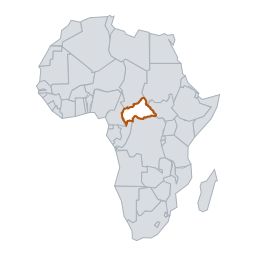 Central African Republic on a map of Africa (Natural Earth projection)
{"feature_id": "CAF", "entity_name": "Central African Republic", "entity_type": "country or territory", "adm_level": 0, "iso_a3": "CAF", "parent_name": "Africa", "parent_adm1": "", "projection": "natural_earth1", "projection_center": [20.084, 6.633], "detail": "fine", "context": "in_parent", "style": "outline", "palette": "amber", "viewbox_px": 256, "rotation_deg": 0, "n_neighbors": 49, "source": "natural_earth", "source_scale": "50m", "svg_char_len": 13090}
<svg xmlns="http://www.w3.org/2000/svg" viewBox="0 0 256 256"><path d="M173.9,134.9L188.1,146.5L187.9,158.4L190.9,164.1L188.7,165.9L175.4,167.8L173.3,161.3L165.3,157.9L162.3,152.3L161.6,146.0L165.4,142.4L164.5,135.5L173.9,134.9Z" fill="#d9dde1" stroke="#a8b0b8" stroke-width="1"/><path d="M62.1,46.5L61.8,51.3L53.3,51.1L52.9,59.1L50.4,59.4L49.9,65.5L38.9,66.5L50.7,45.7L62.1,46.5Z" fill="#d9dde1" stroke="#a8b0b8" stroke-width="1"/><path d="M161.6,146.0L165.3,157.9L159.9,158.5L158.9,168.7L162.2,169.9L162.4,173.3L155.7,168.1L142.3,166.5L141.2,154.7L136.8,153.6L133.9,156.8L129.8,157.1L126.7,150.3L115.5,150.0L119.3,146.0L122.0,147.5L125.8,143.0L130.2,133.3L132.6,118.9L135.1,116.3L143.0,119.5L151.7,115.6L156.3,115.7L159.2,118.7L162.6,117.7L166.6,125.1L163.1,130.1L161.6,146.0Z" fill="#d9dde1" stroke="#a8b0b8" stroke-width="1"/><path d="M194.6,137.2L192.9,123.3L196.0,118.8L203.6,116.4L211.0,107.1L200.0,103.4L196.9,99.1L198.4,96.3L202.4,99.5L219.6,94.6L217.1,106.8L211.1,118.9L194.6,137.2Z" fill="#d9dde1" stroke="#a8b0b8" stroke-width="1"/><path d="M188.1,146.5L173.9,134.9L177.0,126.1L174.2,118.8L177.6,114.9L185.2,120.8L195.3,119.8L192.9,123.3L194.6,137.2L188.1,146.5Z" fill="#d9dde1" stroke="#a8b0b8" stroke-width="1"/><path d="M148.8,106.4L146.7,105.0L145.8,104.1L146.0,100.6L141.7,92.8L144.6,83.2L146.9,83.4L146.7,69.7L149.7,69.7L149.7,63.4L180.9,63.4L182.8,74.0L185.3,75.9L181.2,79.2L179.9,89.8L174.7,98.9L174.0,105.0L170.6,93.9L166.9,101.5L163.3,100.0L160.5,102.7L154.6,102.5L150.1,100.0L146.9,105.2L148.8,106.4Z" fill="#d9dde1" stroke="#a8b0b8" stroke-width="1"/><path d="M146.7,71.0L146.9,83.4L144.6,83.2L141.7,92.8L144.2,97.3L131.1,107.4L123.9,108.9L120.3,102.3L124.4,100.9L122.1,90.5L119.3,87.3L123.9,80.2L125.7,68.5L123.0,60.7L125.7,59.0L146.7,71.0Z" fill="#d9dde1" stroke="#a8b0b8" stroke-width="1"/><path d="M127.1,221.2L128.3,219.6L132.6,222.6L136.3,220.8L136.3,209.2L138.8,215.7L140.7,215.4L145.2,210.8L151.3,211.5L161.3,200.9L165.9,201.4L167.7,208.0L167.4,212.6L165.3,212.3L164.3,215.4L165.8,217.1L169.9,215.4L168.1,221.7L157.5,234.3L151.2,238.0L143.1,237.7L136.7,240.6L132.4,238.6L132.0,230.8L127.1,221.2ZM159.7,222.4L157.4,222.0L154.6,225.2L157.4,227.3L159.7,222.4Z" fill="#d9dde1" stroke="#a8b0b8" stroke-width="1"/><path d="M159.7,222.4L157.4,227.3L154.6,225.2L157.4,222.0L159.7,222.4Z" fill="#d9dde1" stroke="#a8b0b8" stroke-width="1"/><path d="M165.9,201.4L157.6,199.0L150.5,187.2L155.2,187.9L163.8,180.3L170.6,184.0L169.9,195.3L165.9,201.4Z" fill="#d9dde1" stroke="#a8b0b8" stroke-width="1"/><path d="M161.3,200.9L151.3,211.5L145.2,210.8L140.7,215.4L138.8,215.7L136.3,209.2L136.3,200.1L138.8,200.0L138.9,188.9L150.5,187.2L157.6,199.0L161.3,200.9Z" fill="#d9dde1" stroke="#a8b0b8" stroke-width="1"/><path d="M136.3,200.1L136.3,220.8L132.6,222.6L128.3,219.6L127.1,221.2L124.1,216.5L121.4,200.9L114.6,185.9L150.0,186.7L138.9,188.9L138.8,200.0L136.3,200.1Z" fill="#d9dde1" stroke="#a8b0b8" stroke-width="1"/><path d="M38.6,89.7L36.4,86.1L40.6,80.7L44.7,80.3L50.9,86.5L52.4,93.3L38.6,93.4L38.3,91.0L46.3,89.9L38.6,89.7Z" fill="#d9dde1" stroke="#a8b0b8" stroke-width="1"/><path d="M52.4,93.3L50.9,86.5L52.3,84.1L68.6,83.7L67.5,54.2L71.5,54.1L92.0,70.6L92.0,72.6L94.9,72.3L93.0,83.5L80.5,85.4L72.5,90.0L68.6,99.7L61.5,100.2L58.8,93.7L55.9,95.1L52.4,93.3Z" fill="#d9dde1" stroke="#a8b0b8" stroke-width="1"/><path d="M38.9,66.5L49.9,65.5L50.4,59.4L52.9,59.1L53.3,51.1L61.8,51.3L62.1,46.5L71.5,54.1L67.5,54.2L68.6,83.7L52.3,84.1L50.9,86.5L44.7,80.3L39.7,81.7L40.8,69.4L38.9,66.5Z" fill="#d9dde1" stroke="#a8b0b8" stroke-width="1"/><path d="M90.1,112.5L87.8,112.9L87.4,103.6L85.1,99.4L90.7,93.9L93.2,98.6L90.2,105.5L90.1,112.5Z" fill="#d9dde1" stroke="#a8b0b8" stroke-width="1"/><path d="M123.0,60.7L125.7,68.5L123.9,80.2L119.3,87.3L122.1,90.5L121.0,93.1L118.1,89.7L107.2,92.1L97.7,88.8L94.2,89.9L92.7,95.7L85.9,92.0L84.3,85.5L93.0,83.5L94.9,72.3L115.6,58.8L121.2,61.9L123.0,60.7Z" fill="#d9dde1" stroke="#a8b0b8" stroke-width="1"/><path d="M90.1,112.5L94.9,89.2L107.2,92.1L118.1,89.7L122.0,94.4L114.4,110.3L107.6,111.9L105.6,117.1L98.6,118.7L94.5,112.5L90.1,112.5Z" fill="#d9dde1" stroke="#a8b0b8" stroke-width="1"/><path d="M121.8,92.0L124.4,100.9L120.3,102.3L124.3,108.1L121.7,117.3L125.6,126.6L108.7,124.9L105.6,118.0L106.3,114.9L110.0,110.1L114.4,110.3L121.8,92.0Z" fill="#d9dde1" stroke="#a8b0b8" stroke-width="1"/><path d="M85.5,97.8L87.8,112.9L85.7,113.5L82.9,98.7L85.5,97.8Z" fill="#d9dde1" stroke="#a8b0b8" stroke-width="1"/><path d="M83.1,97.7L85.7,113.5L75.1,116.5L75.2,97.9L83.1,97.7Z" fill="#d9dde1" stroke="#a8b0b8" stroke-width="1"/><path d="M61.5,100.2L66.4,99.2L75.4,102.0L75.1,116.5L62.1,118.4L62.5,114.2L59.8,111.9L61.5,100.2Z" fill="#d9dde1" stroke="#a8b0b8" stroke-width="1"/><path d="M46.6,92.8L55.9,95.1L58.8,93.7L61.5,100.2L60.7,108.1L58.2,109.2L56.8,105.4L54.8,106.0L53.2,100.7L47.5,104.3L42.6,97.6L46.6,92.8Z" fill="#d9dde1" stroke="#a8b0b8" stroke-width="1"/><path d="M38.6,93.4L46.6,92.8L46.4,95.2L42.6,97.6L38.6,93.4Z" fill="#d9dde1" stroke="#a8b0b8" stroke-width="1"/><path d="M60.3,108.1L59.8,111.9L62.5,114.2L62.1,118.4L52.2,110.9L55.5,105.8L58.2,109.2L60.3,108.1Z" fill="#d9dde1" stroke="#a8b0b8" stroke-width="1"/><path d="M47.5,104.3L53.2,100.7L55.5,105.8L52.2,110.9L47.5,104.3Z" fill="#d9dde1" stroke="#a8b0b8" stroke-width="1"/><path d="M68.6,99.7L71.8,90.8L80.5,85.4L84.3,85.5L85.9,92.0L89.0,92.7L85.5,97.8L75.2,97.9L75.4,102.0L68.6,99.7Z" fill="#d9dde1" stroke="#a8b0b8" stroke-width="1"/><path d="M132.4,121.1L130.2,133.3L125.8,143.0L122.0,147.5L116.7,145.8L114.8,147.7L112.6,144.4L114.6,142.7L113.6,140.6L116.6,138.1L120.4,139.7L121.5,136.1L120.0,131.9L121.1,128.3L118.5,127.9L117.9,124.9L125.6,126.6L128.8,120.4L132.4,121.1Z" fill="#d9dde1" stroke="#a8b0b8" stroke-width="1"/><path d="M113.1,125.0L117.6,124.8L118.5,127.9L121.1,128.3L120.0,131.9L121.5,136.1L120.4,139.7L116.6,138.1L113.6,140.6L114.6,142.7L112.6,144.4L106.4,135.4L108.3,128.8L113.1,128.7L113.1,125.0Z" fill="#d9dde1" stroke="#a8b0b8" stroke-width="1"/><path d="M108.7,124.9L113.1,125.0L113.1,128.7L108.3,128.8L108.7,124.9Z" fill="#d9dde1" stroke="#a8b0b8" stroke-width="1"/><path d="M165.3,157.9L172.0,162.1L170.3,174.7L171.7,175.5L163.6,178.1L163.8,180.3L155.2,187.9L145.1,186.6L141.5,182.1L141.7,172.1L147.2,172.2L147.0,166.0L155.7,168.1L162.4,173.3L162.2,169.9L158.9,168.7L159.2,160.5L160.7,158.2L165.3,157.9Z" fill="#d9dde1" stroke="#a8b0b8" stroke-width="1"/><path d="M170.7,160.7L174.7,163.6L175.3,174.3L178.3,177.5L176.4,184.3L175.0,177.5L170.3,174.7L172.6,164.7L170.7,160.7Z" fill="#d9dde1" stroke="#a8b0b8" stroke-width="1"/><path d="M175.4,167.8L183.2,168.0L190.9,164.1L191.8,177.7L188.2,184.1L175.6,193.6L177.0,207.2L170.5,211.1L169.9,215.4L167.9,215.4L165.9,201.4L169.9,195.3L170.6,184.0L164.0,181.4L163.6,178.1L171.7,175.5L175.0,177.5L176.4,184.3L178.3,177.5L175.3,174.3L175.4,167.8Z" fill="#d9dde1" stroke="#a8b0b8" stroke-width="1"/><path d="M167.9,215.4L165.8,217.1L164.3,215.4L165.3,212.3L167.9,215.4Z" fill="#d9dde1" stroke="#a8b0b8" stroke-width="1"/><path d="M114.8,147.7L116.7,147.5L115.5,150.0L114.8,147.7ZM115.9,151.0L126.7,150.3L129.8,157.1L133.9,156.8L136.8,153.6L141.2,154.7L142.3,166.5L147.3,167.0L147.2,172.2L141.7,172.1L141.5,182.1L145.1,186.6L114.6,185.9L119.8,167.2L115.9,151.0Z" fill="#d9dde1" stroke="#a8b0b8" stroke-width="1"/><path d="M164.7,139.5L165.4,142.4L161.6,146.0L160.8,140.8L164.7,139.5Z" fill="#d9dde1" stroke="#a8b0b8" stroke-width="1"/><path d="M214.5,169.5L217.3,180.9L215.4,180.9L207.3,209.8L202.8,211.8L199.3,209.9L197.8,203.0L201.2,192.5L200.1,186.2L201.5,182.5L206.5,181.1L214.5,169.5Z" fill="#d9dde1" stroke="#a8b0b8" stroke-width="1"/><path d="M38.3,91.0L43.0,88.8L46.3,89.9L38.3,91.0Z" fill="#d9dde1" stroke="#a8b0b8" stroke-width="1"/><path d="M109.5,37.4L104.9,25.5L107.5,16.6L110.2,15.4L111.8,17.3L114.0,16.2L111.5,24.8L114.9,28.5L109.5,37.4Z" fill="#d9dde1" stroke="#a8b0b8" stroke-width="1"/><path d="M62.1,46.5L62.5,42.0L82.1,31.3L80.5,22.2L83.0,20.5L89.9,17.7L107.5,16.6L104.9,25.5L108.6,31.8L110.2,40.2L108.7,50.6L111.2,56.0L115.6,58.8L98.7,70.9L92.0,72.6L92.0,70.6L62.1,46.5Z" fill="#d9dde1" stroke="#a8b0b8" stroke-width="1"/><path d="M180.3,87.1L181.2,79.2L185.3,75.9L187.7,82.4L198.1,92.5L196.2,92.9L189.9,86.8L180.3,87.1Z" fill="#d9dde1" stroke="#a8b0b8" stroke-width="1"/><path d="M50.7,45.7L60.4,38.6L61.7,30.3L68.2,25.5L71.1,20.3L80.5,22.2L82.1,31.3L62.5,42.0L62.2,45.7L50.7,45.7Z" fill="#d9dde1" stroke="#a8b0b8" stroke-width="1"/><path d="M180.9,63.4L149.7,63.4L149.8,33.4L159.4,35.6L164.7,33.5L167.2,35.4L173.1,34.5L175.0,39.9L173.2,45.2L168.3,39.1L177.6,57.4L177.2,60.0L180.9,63.4Z" fill="#d9dde1" stroke="#a8b0b8" stroke-width="1"/><path d="M149.1,32.4L149.7,69.7L146.7,71.0L125.7,59.0L121.2,61.9L111.2,56.0L108.7,50.6L110.8,34.0L114.9,28.5L124.4,31.3L125.6,34.0L134.2,37.5L138.7,29.9L149.1,32.4Z" fill="#d9dde1" stroke="#a8b0b8" stroke-width="1"/><path d="M211.0,107.1L203.6,116.4L189.1,121.3L179.9,118.2L171.3,107.8L180.3,87.1L183.4,87.7L184.2,85.4L194.1,90.1L196.2,92.9L194.7,97.6L197.4,98.0L200.0,103.4L211.0,107.1Z" fill="#d9dde1" stroke="#a8b0b8" stroke-width="1"/><path d="M196.2,92.9L198.8,93.4L197.4,98.0L194.7,97.6L196.2,92.9Z" fill="#d9dde1" stroke="#a8b0b8" stroke-width="1"/><path d="M173.9,134.9L162.3,136.2L166.7,120.2L174.2,118.8L175.4,120.9L177.0,126.1L173.9,134.9Z" fill="#d9dde1" stroke="#a8b0b8" stroke-width="1"/><path d="M164.5,135.5L165.4,139.1L160.8,140.8L161.5,137.0L164.5,135.5Z" fill="#d9dde1" stroke="#a8b0b8" stroke-width="1"/><path d="M165.6,121.1L162.6,117.7L158.0,118.3L146.9,105.2L152.0,99.6L154.6,102.5L160.5,102.7L163.3,100.0L166.9,101.5L169.7,97.5L168.8,94.7L171.8,94.1L174.0,105.0L171.3,107.8L177.6,114.9L172.5,120.2L165.6,121.1Z" fill="#d9dde1" stroke="#a8b0b8" stroke-width="1"/><path d="M147.6,105.0L147.8,105.1L147.7,105.7L147.8,105.9L148.0,106.2L148.3,106.3L148.5,106.4L149.2,106.5L149.5,106.7L150.0,107.2L150.5,107.7L150.6,108.0L150.4,108.5L150.7,108.9L151.0,109.2L151.5,109.5L152.3,110.0L152.7,110.4L152.9,110.6L153.1,110.9L153.4,111.1L153.6,111.3L153.5,111.9L153.5,112.1L153.8,112.5L153.8,112.8L154.0,113.1L154.2,113.3L154.6,113.3L154.8,113.5L155.2,113.8L155.5,114.0L155.8,114.3L155.9,114.5L155.9,115.1L156.0,115.5L156.2,115.9L156.4,116.1L155.6,115.8L155.4,115.9L155.0,116.2L154.9,116.2L154.7,116.2L154.3,116.2L153.1,115.9L152.2,115.6L151.9,115.6L151.4,115.5L151.0,115.6L150.7,116.2L150.6,116.4L150.1,116.5L149.9,116.5L149.3,116.7L148.4,116.4L148.1,116.5L147.9,116.6L147.2,116.9L146.9,117.0L146.4,117.1L146.0,117.4L145.7,117.5L145.4,117.5L145.2,117.4L144.9,117.3L144.6,117.2L144.2,117.3L143.9,117.5L143.6,118.2L143.3,118.9L143.1,119.0L141.7,118.8L141.1,118.7L140.7,118.8L140.2,118.6L139.9,118.5L139.6,118.5L139.1,118.3L138.7,118.2L138.3,118.2L138.0,118.1L137.8,117.9L137.6,117.4L137.1,117.0L136.5,116.6L136.2,116.3L136.0,116.2L135.7,116.1L135.2,116.0L134.7,116.2L134.0,116.8L133.4,117.9L133.0,118.4L132.7,118.5L132.8,119.2L132.9,119.7L132.8,120.5L132.8,121.2L132.6,121.1L132.5,120.8L132.4,120.7L132.0,120.9L131.8,121.0L131.7,121.1L131.5,120.9L131.3,120.9L131.2,120.9L130.9,120.9L130.6,120.8L129.9,120.6L129.6,120.5L129.3,120.7L129.1,120.8L128.5,120.9L127.8,121.0L127.6,121.0L127.4,121.1L127.2,121.5L127.1,122.0L127.1,122.3L127.0,122.7L127.0,123.0L126.9,123.6L126.6,124.1L126.4,124.5L126.3,124.9L126.1,124.6L126.1,124.3L126.0,123.9L126.0,123.7L125.9,123.4L126.0,123.2L125.9,122.9L125.8,122.7L125.7,122.6L125.6,122.4L125.4,122.3L125.2,122.3L124.9,121.9L124.6,121.6L124.3,121.2L124.1,120.9L123.7,120.5L123.4,120.1L123.3,119.7L123.2,119.5L123.3,119.5L123.5,119.4L123.3,119.0L123.3,118.7L123.2,118.4L122.8,118.1L122.5,117.8L122.4,117.7L122.2,116.2L122.1,115.9L122.0,115.7L121.9,115.6L121.9,115.3L122.0,115.1L122.1,114.9L122.1,113.7L121.9,113.6L121.7,113.4L121.6,113.2L121.7,112.9L121.8,112.8L121.9,112.7L122.3,112.5L122.5,112.3L122.5,112.2L122.7,111.6L123.1,111.0L123.2,110.9L123.3,110.5L123.5,110.0L123.6,109.8L123.7,109.6L123.8,109.4L124.1,109.1L124.4,108.6L124.7,108.6L125.0,108.7L125.4,108.7L125.7,108.6L125.9,108.4L126.3,108.3L126.8,108.1L126.9,107.8L127.0,107.7L127.3,107.5L127.4,107.9L127.6,108.2L127.9,108.5L128.0,108.5L128.2,108.2L128.7,108.1L128.8,108.0L129.1,107.7L129.6,107.5L129.7,107.4L129.8,107.4L130.2,107.1L130.5,107.2L131.0,107.1L131.8,107.0L132.4,107.0L132.7,107.0L132.8,106.9L132.9,106.6L133.0,106.5L133.2,106.3L133.6,105.8L133.9,105.4L134.0,105.3L134.0,105.2L134.0,104.9L133.5,104.5L133.5,104.4L133.7,104.2L134.0,104.0L134.2,103.9L134.9,103.9L135.5,103.9L136.1,103.8L136.4,103.7L136.7,103.6L137.4,103.6L138.0,103.1L138.3,103.0L138.3,102.9L138.6,102.7L138.9,102.3L139.2,102.0L139.2,101.8L139.9,100.9L140.1,101.0L140.3,100.9L140.5,100.3L140.6,100.2L140.9,100.1L141.0,100.0L141.1,99.7L141.1,99.4L141.1,99.2L141.3,98.9L141.8,98.6L141.9,98.4L142.0,98.3L142.3,98.3L142.4,98.2L142.5,98.1L142.9,97.9L143.2,97.8L143.5,97.8L143.8,97.9L144.1,98.0L144.4,98.4L144.5,98.5L145.2,99.4L145.4,99.7L145.8,100.3L146.0,100.8L146.3,101.4L146.3,101.8L146.3,102.1L146.2,102.9L146.2,103.2L145.8,103.6L145.8,103.8L145.9,104.0L146.0,104.1L146.0,104.6L146.4,104.8L147.0,104.9L147.4,104.9L147.6,105.0Z" fill="none" stroke="#b45309" stroke-width="2"/></svg>